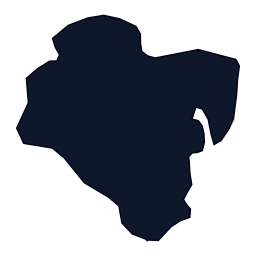 SVG path tracing the border of Ulsan
{"feature_id": "KOR-2508", "entity_name": "Ulsan", "entity_type": "Metropolitan City", "adm_level": 1, "iso_a3": "KOR", "parent_name": "South Korea", "parent_adm1": "", "projection": "equal_earth", "projection_center": [129.283, 35.499], "detail": "fine", "context": "isolated", "style": "filled", "palette": "ink", "viewbox_px": 256, "rotation_deg": 0, "n_neighbors": 0, "source": "natural_earth", "source_scale": "10m", "svg_char_len": 884}
<svg xmlns="http://www.w3.org/2000/svg" viewBox="0 0 256 256"><path d="M235.4,59.2L236.2,60.1L239.3,66.0L237.5,79.4L236.5,95.3L233.4,119.1L228.7,129.2L221.1,140.4L214.1,144.5L211.0,133.6L208.3,119.5L202.3,108.9L195.8,107.1L192.0,119.1L198.3,120.7L202.1,125.9L203.9,133.5L204.3,142.2L202.3,150.5L197.5,152.4L192.2,152.9L188.5,156.9L189.2,161.3L189.8,172.8L191.7,184.6L187.3,192.1L183.4,199.7L187.3,205.6L190.4,209.0L189.8,217.3L180.2,220.7L171.2,226.6L158.3,240.4L147.4,240.0L147.2,240.6L145.3,238.9L132.1,233.8L122.0,223.0L118.9,205.9L108.2,196.9L84.3,182.7L64.3,157.9L52.3,148.0L23.7,143.3L16.7,128.1L28.4,102.9L26.4,78.4L37.6,68.7L49.6,61.2L56.7,61.0L59.6,54.9L55.2,47.0L52.6,38.4L68.3,25.4L87.9,18.0L103.9,15.4L119.7,18.9L136.0,26.5L140.3,34.0L140.5,43.2L141.7,51.4L147.4,55.9L155.2,58.0L198.3,49.6L235.0,59.3L235.4,59.2Z" fill="#0f172a" stroke="#020617" stroke-width="1.5"/></svg>